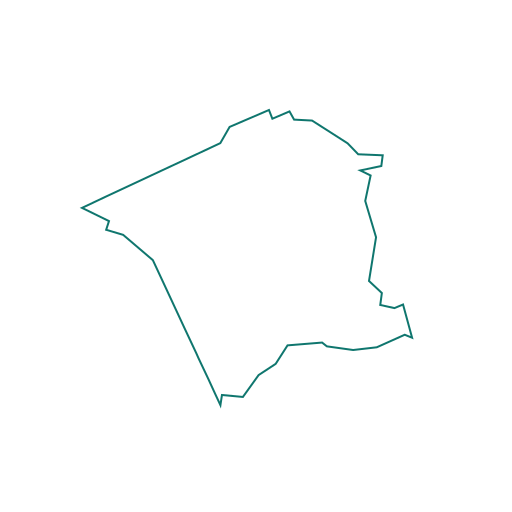 outline of Newton, Georgia, United States of America, rotated 298°
{"feature_id": "52423323B35386078510712", "entity_name": "Newton", "entity_type": "district", "adm_level": 2, "iso_a3": "USA", "parent_name": "United States of America", "parent_adm1": "Georgia", "projection": "orthographic", "projection_center": [-83.861, 33.556], "detail": "fine", "context": "isolated", "style": "outline", "palette": "teal", "viewbox_px": 512, "rotation_deg": 298, "n_neighbors": 0, "source": "geoboundaries", "source_scale": "gbopen_adm2", "svg_char_len": 739}
<svg xmlns="http://www.w3.org/2000/svg" viewBox="0 0 512 512"><g transform="rotate(298 256 256)"><path d="M216.8,79.8L217.8,109.8L208.8,111.4L212.3,128.8L203.9,166.9L203.6,167.3L188.0,188.0L169.8,212.1L159.0,226.4L142.0,249.1L138.7,253.3L125.0,271.7L115.3,284.4L107.6,294.6L117.3,291.2L125.4,310.6L152.1,314.2L170.0,324.0L191.9,325.8L210.6,355.0L209.5,361.0L218.6,385.9L232.1,405.5L256.3,424.3L257.1,432.2L282.2,408.6L275.0,402.7L271.1,388.7L282.4,384.5L287.0,367.5L328.9,353.2L355.9,326.6L380.9,319.4L380.5,307.9L394.3,324.4L404.4,320.6L393.8,298.5L398.5,284.0L401.9,241.9L394.3,225.6L399.4,217.7L384.9,206.0L391.0,198.9L357.6,172.1L338.9,171.5L313.6,152.5L237.6,95.3L216.8,79.8Z" fill="none" stroke="#0f766e" stroke-width="2"/></g></svg>